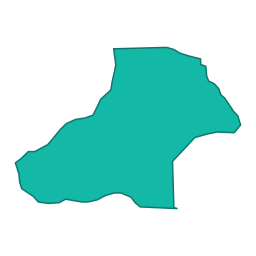 the district of Buan-gun, North Jeolla, South Korea
{"feature_id": "91817680B44911241756091", "entity_name": "Buan-gun", "entity_type": "district", "adm_level": 2, "iso_a3": "KOR", "parent_name": "South Korea", "parent_adm1": "North Jeolla", "projection": "robinson", "projection_center": [126.66, 35.682], "detail": "fine", "context": "isolated", "style": "filled", "palette": "teal", "viewbox_px": 256, "rotation_deg": 0, "n_neighbors": 0, "source": "geoboundaries", "source_scale": "gbopen_adm2", "svg_char_len": 834}
<svg xmlns="http://www.w3.org/2000/svg" viewBox="0 0 256 256"><path d="M232.3,109.3L224.6,98.0L221.0,94.9L218.7,88.6L214.1,83.7L208.6,81.0L206.7,76.1L205.8,66.3L200.8,64.5L200.5,58.9L188.2,55.8L179.6,53.0L173.9,49.5L166.7,47.4L113.7,48.8L115.8,64.9L114.4,71.8L112.2,81.6L110.8,90.0L100.8,99.1L96.5,108.2L92.9,115.2L85.0,118.0L75.6,119.4L66.3,123.6L59.9,129.9L52.0,139.7L47.7,144.6L34.7,151.6L28.3,151.6L21.1,158.6L15.4,162.8L18.9,174.0L19.7,182.4L21.8,188.7L33.3,196.4L38.3,202.0L48.3,203.4L59.1,202.7L65.6,199.2L82.1,202.0L87.8,202.0L97.2,199.9L105.0,195.7L114.4,192.9L120.8,192.9L130.9,197.1L135.2,202.7L140.2,206.9L177.5,208.6L173.9,207.6L172.5,161.4L179.7,153.7L187.6,145.3L194.7,137.6L206.9,134.1L217.0,132.0L234.2,132.7L240.6,125.0L237.8,115.9L232.0,109.6L232.3,109.3Z" fill="#14b8a6" stroke="#0f766e" stroke-width="1.5"/></svg>